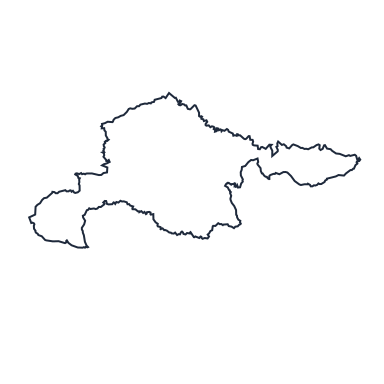 the district of Xochicoatlán, Hidalgo, Mexico, rotated 34°
{"feature_id": "50627088B82617761182934", "entity_name": "Xochicoatlán", "entity_type": "district", "adm_level": 2, "iso_a3": "MEX", "parent_name": "Mexico", "parent_adm1": "Hidalgo", "projection": "robinson", "projection_center": [-98.634, 20.789], "detail": "fine", "context": "isolated", "style": "outline", "palette": "slate", "viewbox_px": 384, "rotation_deg": 34, "n_neighbors": 0, "source": "geoboundaries", "source_scale": "gbopen_adm2", "svg_char_len": 6021}
<svg xmlns="http://www.w3.org/2000/svg" viewBox="0 0 384 384"><g transform="rotate(34 192 192)"><path d="M153.5,122.3L146.7,118.3L146.2,118.4L145.5,118.7L144.4,124.3L143.9,124.7L142.0,125.4L138.9,123.4L138.0,124.1L136.7,123.8L134.7,124.5L134.0,126.5L132.8,127.1L131.6,126.8L132.4,124.6L132.2,122.8L130.8,123.0L131.1,124.0L129.9,125.1L125.9,122.9L125.2,123.6L117.6,122.8L117.6,128.9L115.0,128.8L114.0,129.6L114.1,131.2L109.5,136.4L110.1,138.5L108.3,140.4L108.3,141.6L106.5,142.3L105.5,144.0L103.5,145.0L100.4,148.4L100.1,150.5L98.5,151.6L97.8,154.9L96.0,156.4L94.0,157.2L93.1,158.6L93.2,162.0L92.3,166.5L90.3,168.8L89.1,171.3L87.1,173.5L86.6,175.9L87.1,177.9L86.9,178.6L82.8,180.9L81.2,183.8L79.3,185.9L80.4,187.1L80.0,188.3L81.0,188.4L81.6,189.7L83.5,188.2L85.0,189.9L86.8,190.3L89.0,193.4L91.6,194.6L92.2,195.4L93.6,195.3L93.1,197.1L92.0,197.8L91.7,199.3L92.7,199.8L92.2,202.1L93.4,203.4L94.6,203.8L94.9,205.0L94.6,205.7L95.4,206.4L95.4,207.4L96.9,208.0L95.8,209.2L97.3,209.1L98.7,210.7L98.9,212.3L102.9,213.4L103.5,214.2L104.4,213.9L105.1,212.0L106.9,213.1L105.3,216.0L103.4,218.3L102.6,220.2L108.1,219.0L110.6,223.3L108.0,225.8L107.3,228.5L105.4,230.0L98.6,232.6L94.0,235.8L93.5,237.1L92.1,237.3L90.9,238.7L89.5,238.3L88.5,240.2L86.1,240.9L85.2,241.9L85.3,242.7L88.4,242.6L90.0,243.9L91.3,243.4L91.5,244.8L93.1,246.8L93.7,248.7L95.1,249.4L98.1,253.7L97.5,256.1L95.7,258.1L94.5,258.3L92.6,257.6L92.0,259.1L90.5,258.5L89.7,259.2L89.3,260.5L87.6,261.6L86.0,261.3L81.7,266.1L81.2,268.2L79.7,269.2L78.0,269.0L76.2,269.9L76.6,270.9L74.8,277.9L72.8,279.8L72.2,282.4L72.3,286.3L71.0,289.1L70.6,291.7L74.6,298.4L71.2,304.1L76.1,307.6L76.9,306.6L78.6,306.4L79.4,306.9L79.8,308.5L81.6,310.8L84.0,311.7L84.4,312.5L85.6,313.0L87.4,312.9L88.7,313.6L92.2,312.7L97.0,313.9L98.2,313.6L104.3,310.7L108.9,307.4L115.3,305.4L115.9,304.2L115.1,302.8L115.3,302.1L118.1,303.3L122.0,303.5L128.3,301.9L132.5,299.3L133.1,298.3L134.4,298.0L134.4,297.1L136.4,296.2L136.6,295.8L134.6,295.4L131.1,293.2L126.5,288.3L124.3,286.8L123.2,285.4L121.7,284.7L120.7,283.3L120.7,279.2L119.5,275.6L116.0,274.0L114.8,272.7L115.8,270.9L115.0,265.9L115.9,264.8L115.9,263.0L117.3,262.9L119.9,260.5L121.7,260.0L122.8,258.6L123.1,256.5L124.8,255.4L126.2,251.2L125.9,250.5L124.3,250.3L124.7,248.2L125.9,247.5L128.1,249.4L129.7,249.0L132.7,246.7L132.8,244.5L133.6,244.3L135.0,244.8L134.9,242.6L136.9,241.9L137.6,239.3L139.3,239.0L140.7,237.9L143.7,237.0L145.4,238.2L146.7,237.2L148.3,237.8L151.3,236.9L151.6,238.8L152.3,239.5L154.8,238.0L157.9,238.3L159.8,237.0L159.3,237.9L159.6,238.2L160.7,236.2L163.2,236.7L163.8,235.1L166.2,236.1L166.5,235.4L166.0,233.9L167.7,232.4L169.1,232.2L169.9,233.6L170.5,233.8L172.3,232.0L175.3,236.2L178.8,237.5L181.4,237.5L182.0,239.0L182.8,239.6L185.5,238.7L186.5,239.5L186.7,241.1L187.3,239.1L187.9,238.6L190.3,239.2L190.8,238.6L192.8,238.1L195.8,238.3L197.2,237.5L198.2,237.7L200.2,236.6L200.7,235.1L203.7,236.0L204.6,234.3L205.7,233.8L205.4,231.5L205.8,230.4L207.1,230.6L208.4,231.5L210.4,230.8L210.8,228.8L213.4,227.6L213.0,226.7L213.2,226.1L218.8,228.4L219.3,228.1L219.6,227.0L223.7,226.1L224.0,224.1L224.8,223.9L225.6,224.7L226.9,224.9L228.3,223.0L230.9,221.8L231.0,219.4L228.8,218.5L229.3,216.9L229.1,214.0L230.1,212.4L228.4,208.9L228.5,208.2L230.4,207.0L231.2,203.2L233.1,203.1L234.1,202.2L236.1,202.2L236.2,201.5L239.6,198.8L241.5,199.7L244.1,198.6L247.0,198.5L247.3,196.5L249.1,194.9L249.4,192.8L250.2,191.6L250.1,190.9L248.7,190.3L248.2,188.9L245.9,189.0L243.6,187.8L242.4,186.4L241.4,186.2L238.6,182.3L234.8,180.0L231.1,178.8L228.3,176.9L227.5,175.9L226.6,173.2L224.2,171.6L224.2,170.4L223.2,170.4L222.5,169.5L221.5,169.6L219.1,168.2L216.0,168.4L215.8,166.6L216.3,164.7L216.8,164.8L217.3,163.9L220.4,164.0L220.6,163.1L222.5,161.9L222.2,160.2L223.7,162.7L223.9,161.9L224.4,162.6L224.2,163.7L224.9,162.7L224.8,161.8L225.4,163.2L225.8,162.8L225.7,161.1L227.6,162.6L229.2,161.2L228.0,157.4L228.3,155.0L227.3,154.1L227.1,153.1L223.3,151.0L221.3,148.3L220.8,145.8L219.4,143.3L221.6,140.6L222.0,135.8L223.1,132.4L224.9,131.5L227.6,127.6L230.1,130.1L230.2,131.8L231.0,132.5L235.5,133.9L237.3,136.1L239.5,137.5L240.1,137.1L242.8,138.1L244.4,138.2L245.6,137.6L247.0,138.3L248.7,138.2L248.9,138.0L247.2,135.6L247.4,134.2L249.4,131.4L250.6,130.7L250.7,129.4L254.5,128.4L256.6,124.4L258.4,123.1L260.2,122.5L265.2,123.4L271.0,125.5L276.8,125.7L278.4,125.3L281.0,122.6L283.6,120.9L283.5,120.3L285.8,120.1L287.3,120.9L288.7,119.9L289.3,118.3L290.7,117.6L291.8,116.0L292.0,114.2L293.3,114.1L294.7,113.1L296.3,109.6L296.0,108.0L296.9,106.2L296.4,105.5L302.5,98.7L304.0,96.0L308.8,93.4L309.3,90.4L311.1,85.2L312.2,84.5L312.6,82.6L313.2,82.1L312.5,78.3L313.2,76.0L311.8,75.3L311.7,74.7L313.3,72.8L313.4,71.1L311.6,70.4L311.6,72.2L310.8,72.7L307.8,70.2L306.1,70.1L303.0,73.6L301.5,73.7L299.5,76.4L293.1,77.8L289.9,79.5L285.1,79.5L283.0,79.0L279.7,80.5L276.0,78.8L275.4,79.5L276.2,83.2L275.1,85.3L273.3,84.9L271.7,81.8L270.3,81.8L269.0,83.5L267.6,87.1L266.3,88.1L264.4,91.6L262.5,92.3L261.2,93.4L258.8,93.7L257.7,94.6L254.0,94.8L249.4,95.9L248.8,97.1L248.2,101.5L245.6,102.3L244.5,101.4L241.4,101.1L240.2,102.7L235.2,102.0L235.5,104.0L237.3,106.1L236.7,107.4L239.6,109.1L240.3,110.4L238.4,117.3L235.5,112.9L231.8,110.8L231.4,110.3L231.6,108.4L229.7,109.5L229.0,115.0L225.0,115.4L224.2,116.3L224.3,118.6L222.8,119.4L220.5,116.9L217.3,118.7L216.0,118.9L215.2,118.2L214.5,116.0L213.1,114.9L211.1,116.1L208.5,113.5L207.7,114.0L207.2,117.5L206.5,118.5L205.3,118.8L200.2,118.1L199.0,118.9L198.1,118.5L197.1,118.8L197.7,120.4L195.8,120.9L194.8,122.2L193.1,120.7L188.7,121.4L187.2,120.3L185.7,120.3L184.7,123.1L182.7,123.7L182.5,125.1L181.4,124.1L180.7,124.1L179.8,125.7L178.4,124.7L176.9,125.2L176.6,125.8L178.4,127.2L178.3,127.9L177.3,129.1L176.6,127.6L174.8,127.7L174.4,126.0L173.5,125.8L171.8,126.4L171.0,128.0L168.6,127.4L166.8,129.0L165.7,128.8L165.2,127.8L165.4,125.3L163.9,124.5L162.2,126.5L160.7,125.4L158.9,126.1L158.1,125.3L158.3,124.0L157.5,123.9L156.1,125.2L155.4,125.1L153.5,122.3Z" fill="none" stroke="#1e293b" stroke-width="2"/></g></svg>